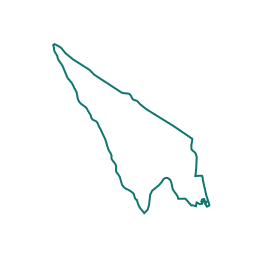 the District of HaDarom, rotated 140°
{"feature_id": "ISR-3053", "entity_name": "HaDarom", "entity_type": "District", "adm_level": 1, "iso_a3": "ISR", "parent_name": "Israel", "parent_adm1": "", "projection": "equal_earth", "projection_center": [34.85, 30.684], "detail": "fine", "context": "isolated", "style": "outline", "palette": "teal", "viewbox_px": 256, "rotation_deg": 140, "n_neighbors": 0, "source": "natural_earth", "source_scale": "10m", "svg_char_len": 3002}
<svg xmlns="http://www.w3.org/2000/svg" viewBox="0 0 256 256"><g transform="rotate(140 128 128)"><path d="M85.7,78.4L86.8,77.2L90.4,74.2L92.9,71.2L93.1,69.6L92.5,66.4L92.6,64.8L94.1,61.5L102.0,52.9L103.0,52.1L105.3,49.7L107.3,47.9L104.8,46.1L102.0,43.8L102.6,42.2L104.3,39.7L110.5,27.6L111.0,26.9L115.0,16.8L115.2,16.7L115.8,16.5L116.0,16.4L116.3,16.4L116.6,16.5L117.2,16.8L117.4,16.8L117.7,16.8L117.8,16.8L118.1,17.0L118.1,17.4L118.1,17.6L118.0,17.8L117.8,18.0L117.7,18.1L117.7,18.3L117.8,19.0L117.8,19.3L117.7,19.6L117.7,20.4L117.6,20.6L117.5,20.8L117.3,20.8L117.2,20.8L116.8,20.8L116.4,20.6L116.1,20.5L115.9,20.6L115.7,20.7L115.7,20.8L115.5,21.0L115.5,21.3L115.5,21.6L115.7,21.9L115.9,22.1L116.3,22.4L116.6,22.8L116.7,23.1L116.5,23.4L116.4,23.5L116.2,23.6L115.8,23.8L115.6,24.0L115.4,24.2L115.4,24.4L115.4,24.5L115.4,24.8L115.5,24.9L117.2,25.6L117.5,25.6L118.4,24.9L118.7,24.7L119.1,24.6L119.2,24.3L119.1,24.2L118.9,23.9L118.9,23.7L118.7,23.5L118.5,23.4L118.4,23.3L118.3,23.2L118.2,23.2L118.3,23.0L118.5,23.0L119.6,22.8L119.8,22.7L120.0,22.4L120.6,22.6L121.7,23.3L122.0,23.6L122.2,23.9L122.4,24.4L122.8,26.0L123.0,26.3L123.1,26.5L123.3,26.8L123.9,26.5L126.2,24.4L128.1,27.2L128.8,27.7L129.2,27.9L129.3,28.0L129.4,28.4L129.4,28.8L129.3,29.0L129.2,29.4L129.2,29.5L129.2,29.9L129.5,30.8L129.6,31.2L129.6,31.4L129.5,31.6L129.5,31.8L129.3,32.2L129.3,32.4L129.3,32.6L129.3,32.8L129.4,34.0L129.3,34.5L129.5,35.2L129.5,35.4L129.5,36.2L129.4,36.8L130.0,37.4L135.0,41.5L133.9,43.9L133.6,46.4L133.5,49.0L133.2,52.1L130.0,58.1L129.0,61.2L129.8,64.3L131.3,65.6L133.2,66.0L135.1,65.6L136.9,64.9L141.1,64.3L149.8,64.4L153.9,62.6L161.5,55.4L165.5,52.8L170.3,52.3L170.2,57.7L170.2,58.7L169.9,60.8L168.7,64.5L167.4,67.2L167.9,67.9L167.8,69.9L166.8,71.8L165.9,74.1L166.3,76.7L167.0,79.0L167.7,80.9L168.8,83.2L169.3,85.8L169.0,88.4L165.7,95.9L165.3,98.6L165.3,101.5L164.5,103.2L162.6,105.3L161.7,106.3L160.9,108.4L160.7,110.5L160.7,112.6L160.5,114.6L160.1,115.5L158.9,116.8L158.3,117.5L157.9,118.6L157.6,119.7L157.3,122.0L156.8,124.2L156.8,124.3L152.7,133.9L149.7,145.3L149.4,147.5L148.1,151.3L148.1,153.6L148.5,154.5L149.5,156.4L149.7,157.8L149.6,159.1L149.2,160.1L148.7,161.0L148.3,162.2L147.6,167.1L147.1,168.7L147.1,171.4L148.5,177.1L148.5,180.1L147.4,183.2L144.4,188.4L143.6,192.1L143.5,193.3L143.3,194.1L142.9,194.8L142.7,195.6L142.1,198.8L142.1,204.5L141.8,206.4L138.5,216.7L138.0,219.0L137.6,224.3L137.0,226.6L136.0,228.4L135.5,230.5L135.2,233.0L134.9,234.3L134.5,235.1L133.3,236.9L132.7,237.9L132.4,238.6L132.3,239.2L132.1,239.5L131.5,239.6L130.9,239.5L130.4,239.5L129.8,238.2L128.2,234.3L127.7,232.0L127.8,225.5L126.0,215.9L123.2,207.0L120.1,197.2L119.7,192.1L119.7,191.6L119.7,191.0L119.6,190.5L119.4,189.9L116.7,180.9L112.5,167.1L110.2,159.4L109.4,158.0L105.6,154.1L105.1,153.3L105.0,152.2L105.1,150.5L105.8,147.7L105.8,146.5L105.1,145.3L104.0,143.6L103.5,142.0L103.4,138.1L101.9,130.7L97.6,117.6L94.0,106.7L91.4,98.6L89.2,90.8L86.4,80.9L85.7,78.4Z" fill="none" stroke="#0f766e" stroke-width="2"/></g></svg>